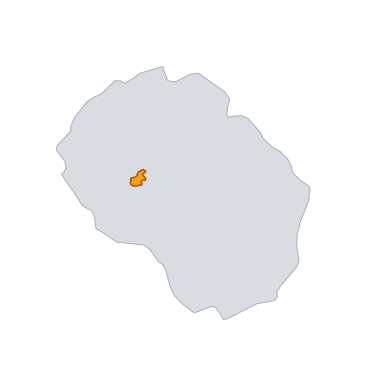 location of Krivogaštani within North Macedonia, rotated 60°
{"feature_id": "MKD-2941", "entity_name": "Krivogaštani", "entity_type": "Statistical Region", "adm_level": 1, "iso_a3": "MKD", "parent_name": "North Macedonia", "parent_adm1": "", "projection": "equal_earth", "projection_center": [21.362, 41.317], "detail": "fine", "context": "in_parent", "style": "filled", "palette": "amber", "viewbox_px": 384, "rotation_deg": 60, "n_neighbors": 0, "source": "natural_earth", "source_scale": "10m", "svg_char_len": 1941}
<svg xmlns="http://www.w3.org/2000/svg" viewBox="0 0 384 384"><g transform="rotate(60 192 192)"><path d="M174.6,103.0L180.5,103.7L193.2,100.2L201.1,95.3L205.1,94.6L210.5,92.7L218.2,93.0L226.1,95.1L236.0,92.3L245.7,87.8L249.7,88.9L253.9,92.8L256.7,93.9L273.0,114.3L282.0,122.6L292.5,128.9L304.5,133.5L308.8,137.9L316.6,159.7L320.4,168.0L325.4,170.5L326.7,172.9L326.9,176.1L321.3,191.4L319.3,225.9L317.9,228.7L311.9,228.5L303.9,229.3L300.9,232.0L297.8,250.6L285.0,255.9L273.4,258.9L263.5,258.2L246.3,253.8L240.6,253.3L235.8,255.8L220.4,257.2L213.6,260.4L197.8,282.2L181.7,289.8L176.2,293.6L163.9,288.7L158.0,288.2L149.5,293.8L130.8,294.4L125.7,295.3L111.3,296.2L110.8,293.2L108.1,288.8L101.4,286.8L87.7,288.5L84.3,285.3L78.8,266.8L74.4,263.8L69.4,257.6L61.2,237.5L61.0,228.7L61.6,221.1L57.1,203.1L59.9,198.5L64.2,195.7L64.3,188.5L63.2,177.5L68.3,156.0L69.7,154.4L71.0,155.5L83.2,157.2L86.4,154.4L88.4,150.2L89.2,134.5L92.1,127.2L121.8,113.5L130.5,112.9L137.1,119.3L142.4,123.3L145.6,123.2L146.8,119.1L150.4,111.3L156.4,106.8L174.4,103.0L174.6,103.0Z" fill="#d9dde1" stroke="#a8b0b8" stroke-width="1"/><path d="M150.7,221.6L151.3,221.9L151.4,222.4L151.6,223.2L151.8,224.3L152.0,225.3L152.3,225.9L152.8,226.1L153.3,226.1L154.2,226.0L155.0,225.7L155.9,225.5L156.5,225.5L157.3,225.6L158.4,226.4L158.6,226.7L158.2,227.1L157.0,228.1L156.9,228.5L157.0,229.4L157.4,229.8L157.5,230.5L157.9,231.1L159.0,231.1L160.0,231.3L160.5,231.6L160.5,232.8L160.1,233.8L159.6,234.5L159.5,235.7L159.0,237.8L158.4,238.6L157.6,239.3L156.9,240.3L156.0,240.9L154.5,241.0L153.8,241.2L153.3,241.0L152.8,240.6L152.0,239.4L150.9,238.8L150.6,238.9L150.6,238.2L149.9,238.1L149.3,237.8L149.5,237.0L149.9,236.6L150.1,235.8L150.4,234.9L150.5,233.4L150.4,232.0L149.7,230.9L148.8,230.0L148.4,229.4L147.9,228.4L147.9,227.1L148.0,225.1L148.0,223.6L148.1,223.3L148.2,223.0L148.7,222.6L149.4,222.5L150.2,221.8L150.7,221.6Z" fill="#f59e0b" stroke="#b45309" stroke-width="1.5"/></g></svg>